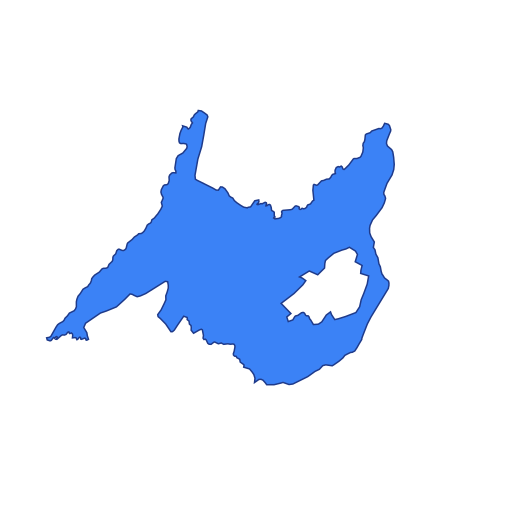 outline of Kipushi, Katanga, Democratic Republic of the Congo, rotated 212°
{"feature_id": "63176286B75279003671986", "entity_name": "Kipushi", "entity_type": "district", "adm_level": 2, "iso_a3": "COD", "parent_name": "Democratic Republic of the Congo", "parent_adm1": "Katanga", "projection": "equal_earth", "projection_center": [27.98, -11.623], "detail": "fine", "context": "isolated", "style": "filled", "palette": "blue", "viewbox_px": 512, "rotation_deg": 212, "n_neighbors": 0, "source": "geoboundaries", "source_scale": "gbopen_adm2", "svg_char_len": 6121}
<svg xmlns="http://www.w3.org/2000/svg" viewBox="0 0 512 512"><g transform="rotate(212 256 256)"><path d="M122.1,241.2L122.7,242.5L123.5,246.4L125.4,256.5L125.6,257.8L126.2,265.2L126.6,298.6L127.3,300.3L127.5,301.1L128.9,303.5L130.3,304.9L132.3,305.2L135.4,305.5L138.6,307.1L139.5,307.4L141.7,309.3L144.9,312.8L147.6,314.5L151.7,319.1L155.3,321.1L158.4,324.3L161.0,325.4L163.1,330.6L168.7,333.4L171.8,335.8L174.4,339.7L175.5,342.4L176.3,348.4L175.5,354.1L174.7,363.7L175.3,368.9L176.3,372.5L176.7,373.6L178.5,375.2L180.2,376.0L181.4,377.7L183.4,387.0L183.6,396.8L185.0,402.3L187.3,406.9L191.6,412.7L195.2,416.8L197.4,418.1L202.7,418.9L204.0,419.8L205.0,420.6L206.2,423.0L207.6,430.4L208.0,433.2L208.6,434.5L211.9,437.3L213.7,437.8L217.2,436.7L217.0,434.9L216.8,433.8L217.0,431.1L217.8,430.0L219.4,429.2L224.1,423.3L224.5,421.1L227.1,417.9L227.4,416.6L225.4,412.5L224.7,410.4L224.8,408.4L223.9,406.3L222.3,404.6L220.5,400.7L219.8,396.1L220.0,394.9L222.0,392.2L224.5,390.6L224.9,389.8L225.5,382.4L226.7,377.4L227.2,376.0L228.5,375.9L230.1,377.2L231.4,377.4L232.4,375.7L233.7,375.4L234.8,373.6L234.4,370.7L233.4,369.0L232.3,368.0L234.2,365.9L234.5,364.5L234.3,362.7L234.7,360.2L237.0,358.4L238.6,356.0L240.3,354.4L241.4,348.9L242.1,348.1L244.7,347.5L244.9,346.5L242.6,341.9L236.5,334.0L237.2,332.6L237.4,329.0L239.2,326.7L239.2,325.2L238.9,324.3L239.5,322.4L240.7,321.2L242.2,320.9L242.8,319.2L243.5,318.8L244.5,318.9L245.0,320.2L245.9,320.5L248.5,319.8L249.2,319.1L250.1,314.8L251.3,313.5L257.3,309.0L257.8,308.0L257.7,306.9L256.6,306.2L255.8,303.7L255.2,302.9L255.6,301.4L256.7,299.9L259.6,297.5L261.2,297.6L261.2,298.6L260.6,299.2L261.9,299.9L263.6,302.6L264.4,303.0L266.9,302.9L268.9,305.3L270.7,306.8L271.8,306.9L272.9,305.9L273.4,304.4L274.2,303.8L274.9,306.1L275.4,306.6L276.7,306.4L278.5,303.5L279.6,303.1L281.5,300.6L282.4,300.3L282.6,301.0L282.1,302.3L282.3,303.6L283.4,305.0L286.3,302.2L286.6,294.8L288.5,293.1L288.9,292.2L292.3,290.9L295.7,290.8L300.5,291.0L303.7,291.5L306.4,292.8L308.7,292.6L310.6,292.8L313.2,294.6L318.0,296.6L321.0,296.7L322.7,295.8L322.8,291.9L324.7,290.8L328.7,290.7L346.2,289.0L348.1,289.0L350.5,292.1L356.7,307.5L360.0,319.9L364.3,330.7L368.9,341.7L370.6,348.5L372.2,349.7L375.9,350.0L379.1,350.1L382.1,348.8L381.7,347.4L382.8,344.3L383.1,342.8L382.8,340.8L383.7,338.0L383.3,336.8L382.3,336.0L380.4,335.2L380.6,333.3L379.9,330.1L380.6,327.9L381.4,327.8L382.9,328.6L387.2,327.5L386.4,326.8L386.1,322.9L385.4,319.5L383.4,314.4L382.1,312.5L380.8,311.4L379.3,311.5L377.2,313.0L375.0,313.9L374.0,313.9L372.3,312.2L371.8,310.5L372.6,304.6L375.2,299.9L375.2,298.9L375.2,296.4L371.5,287.8L370.5,286.5L368.9,285.5L368.0,284.0L370.4,282.8L371.4,281.7L372.1,278.9L371.7,277.0L369.6,274.0L368.8,270.9L369.3,269.3L371.3,267.7L371.8,266.4L371.4,262.0L370.5,259.8L370.1,259.5L368.9,258.3L365.9,256.5L365.4,255.8L364.9,253.0L364.7,251.3L361.9,248.7L361.5,245.2L361.6,239.3L361.9,237.9L362.3,234.4L363.5,231.5L362.8,229.2L363.0,227.9L364.0,226.3L364.6,224.5L364.1,221.3L364.0,217.8L364.5,215.8L365.2,214.3L367.3,212.7L367.6,211.1L369.2,207.7L369.8,204.3L371.7,199.1L371.6,197.9L370.3,194.0L370.2,192.8L370.7,191.3L371.2,190.5L372.4,189.8L375.9,189.2L376.5,188.4L376.9,186.7L376.1,183.5L376.9,180.4L376.7,179.2L375.4,176.8L375.1,175.3L376.2,171.0L375.7,168.1L376.0,167.1L376.8,166.1L379.0,164.6L379.8,163.3L380.3,159.4L382.7,154.3L383.2,151.7L383.3,149.7L382.5,147.7L382.1,145.0L382.5,142.9L382.5,140.8L384.0,138.4L385.1,136.1L385.1,131.2L385.6,127.6L385.0,124.5L384.1,122.0L381.4,117.7L381.0,115.4L381.2,113.2L384.0,108.7L384.2,105.3L385.0,102.0L384.7,99.7L384.8,99.4L385.1,98.0L387.1,94.5L387.8,92.6L387.9,89.8L387.4,79.1L388.2,77.5L390.2,75.7L388.6,74.2L388.1,74.3L385.7,74.9L384.9,75.9L384.6,79.0L384.3,79.7L383.2,79.5L383.0,81.0L382.6,81.9L382.1,82.1L381.4,81.7L381.2,81.2L381.5,79.4L380.7,79.8L379.0,85.4L378.3,86.6L376.6,87.4L375.5,88.9L375.3,91.3L374.9,92.2L374.1,92.4L373.5,91.6L372.8,91.5L371.8,92.9L370.5,92.7L369.4,91.6L368.3,89.3L366.1,91.0L365.0,91.2L363.6,90.1L363.1,90.7L362.7,93.4L362.3,93.9L361.2,93.6L360.6,92.7L359.9,92.8L357.6,95.7L356.5,95.6L355.7,94.7L354.9,94.9L353.9,96.6L356.7,98.9L358.8,101.3L364.2,104.1L364.9,108.7L357.7,125.2L353.8,130.0L347.4,138.9L344.3,149.9L342.7,157.1L340.7,157.9L338.6,158.0L335.2,158.5L332.9,160.9L329.6,165.8L319.6,186.4L317.3,187.4L314.9,184.7L313.4,182.3L312.2,178.2L311.4,174.4L309.2,171.1L308.6,166.7L307.9,160.0L308.3,154.2L306.9,152.7L304.0,152.3L296.6,150.5L288.0,146.7L286.7,147.6L286.0,149.9L285.9,155.9L285.4,166.6L281.9,167.4L281.3,166.9L280.7,165.6L278.3,165.3L276.4,163.0L274.3,162.6L273.1,161.2L271.7,158.7L268.0,157.4L264.9,163.2L263.6,164.9L262.4,165.0L258.4,160.7L257.4,158.3L255.9,157.6L254.9,158.6L253.7,158.4L250.6,156.4L249.1,156.3L247.3,157.3L246.1,160.5L245.4,161.2L241.4,161.6L239.4,163.8L236.6,164.0L233.4,166.6L231.0,167.6L228.9,169.2L227.7,169.5L226.5,168.8L225.7,167.8L224.1,163.8L223.4,161.0L222.5,160.0L221.1,159.7L219.7,160.4L218.3,159.6L215.1,159.8L213.2,157.7L208.7,157.4L208.0,156.5L207.5,155.2L201.6,156.8L197.9,155.6L195.0,154.3L192.1,151.8L190.2,147.9L188.1,152.9L186.4,154.1L184.3,154.4L180.9,153.4L178.7,152.5L172.4,156.5L167.7,161.3L166.1,163.1L159.9,164.5L156.9,167.0L148.2,181.1L144.8,189.4L142.2,193.5L141.3,198.4L139.1,200.7L133.2,203.3L132.2,205.3L129.8,210.9L128.3,215.6L128.0,218.8L126.7,221.1L124.7,224.3L123.3,225.4L121.9,227.8L121.8,231.6L122.0,236.3L122.1,241.2ZM189.0,227.9L190.8,226.0L191.0,224.8L190.9,221.3L193.9,217.5L197.6,220.6L195.9,225.7L209.6,229.1L203.9,244.3L201.0,256.4L200.7,261.5L205.1,261.8L208.0,261.3L202.9,271.5L198.7,272.1L193.7,272.8L191.5,282.1L193.7,286.2L194.7,289.0L193.6,293.1L191.4,299.6L186.3,306.5L183.5,309.6L181.4,312.9L174.3,312.9L170.8,311.1L168.8,303.7L161.0,304.2L159.5,299.6L158.0,296.7L149.9,298.8L146.8,291.1L144.7,281.1L143.6,274.6L141.2,267.9L141.3,261.0L148.1,252.0L153.0,246.3L155.5,243.8L160.9,246.3L163.2,248.1L165.1,243.2L165.3,235.0L167.0,231.2L171.0,228.3L175.9,230.8L177.1,231.1L179.0,232.6L180.0,232.9L181.6,232.0L182.7,232.1L184.3,233.1L185.4,233.3L186.2,233.1L187.4,231.9L189.0,227.9Z" fill="#3b82f6" stroke="#1e3a8a" stroke-width="1.5"/></g></svg>